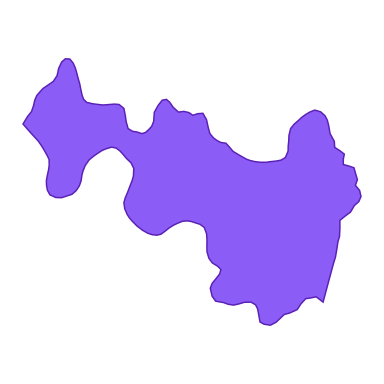 Celso Ramos, Santa Catarina, Brazil (Natural Earth projection)
{"feature_id": "56859067B63950951197132", "entity_name": "Celso Ramos", "entity_type": "district", "adm_level": 2, "iso_a3": "BRA", "parent_name": "Brazil", "parent_adm1": "Santa Catarina", "projection": "natural_earth1", "projection_center": [-51.328, -27.652], "detail": "fine", "context": "isolated", "style": "filled", "palette": "violet", "viewbox_px": 384, "rotation_deg": 0, "n_neighbors": 0, "source": "geoboundaries", "source_scale": "gbopen_adm2", "svg_char_len": 2616}
<svg xmlns="http://www.w3.org/2000/svg" viewBox="0 0 384 384"><path d="M334.3,141.3L330.1,133.7L328.6,125.2L327.3,120.1L325.0,115.7L320.6,111.8L314.8,110.1L309.7,112.1L305.5,114.6L301.7,117.4L297.8,121.0L294.2,124.1L290.6,128.6L289.0,135.2L288.7,141.3L288.2,146.0L288.1,151.1L285.4,157.5L281.1,160.1L276.5,161.0L270.1,161.7L266.1,162.3L261.2,162.3L255.3,161.7L250.1,160.5L246.5,159.2L243.1,157.3L238.0,154.4L233.0,151.3L229.2,146.8L225.9,143.2L220.9,142.5L217.1,140.6L213.5,137.9L209.9,133.6L208.3,127.9L206.5,119.6L202.9,113.3L197.6,113.7L192.9,115.3L189.0,112.6L183.9,111.4L178.5,112.1L173.2,107.3L169.6,102.1L166.4,99.4L162.2,100.2L158.2,105.3L154.3,112.3L153.7,121.3L151.7,126.3L148.7,129.6L145.5,132.5L141.9,133.6L137.0,132.0L132.6,131.3L128.1,128.6L126.2,121.8L125.3,115.5L123.9,108.4L119.1,104.5L114.6,104.1L109.5,104.5L103.2,105.0L98.4,104.5L92.9,103.8L86.7,102.4L83.7,99.4L82.1,95.3L80.8,89.3L79.7,83.7L77.9,77.5L76.6,72.4L75.3,67.9L73.1,63.0L69.8,59.0L65.3,58.8L61.7,62.0L58.7,68.3L57.1,75.6L53.3,81.4L48.4,84.8L43.0,88.5L39.7,92.1L36.8,95.5L34.7,100.4L33.5,105.8L31.5,111.6L27.7,116.3L23.0,124.0L27.0,128.6L30.7,132.8L34.8,137.3L38.2,141.0L41.8,146.2L44.4,150.5L46.9,155.0L49.1,159.5L49.2,165.1L48.6,169.6L47.4,175.1L46.4,180.2L46.5,185.1L47.4,190.2L49.9,194.8L55.8,197.5L61.6,197.7L72.0,194.3L76.1,190.7L79.3,185.9L81.1,180.8L81.9,175.2L83.0,171.0L85.3,165.4L89.2,159.8L93.7,156.1L97.4,153.5L102.0,150.5L106.0,148.8L111.7,147.1L116.4,148.2L120.1,151.1L123.1,154.4L126.6,158.6L131.0,162.8L133.8,168.5L133.4,176.1L132.0,181.0L129.6,187.0L127.5,192.6L125.2,198.0L123.9,202.7L124.7,208.6L127.1,214.3L129.4,217.9L132.6,221.6L137.0,226.0L142.6,230.3L147.9,233.3L152.3,234.7L156.8,235.2L161.0,234.2L165.2,231.1L169.5,227.7L173.5,225.2L177.7,223.2L182.7,221.2L187.9,220.9L191.7,221.6L195.6,222.9L200.0,224.3L204.2,227.4L206.6,233.8L207.0,240.3L206.9,245.7L207.0,251.8L208.9,258.3L212.4,263.0L217.5,266.1L220.9,269.5L219.7,273.9L216.1,278.5L212.1,283.4L210.3,288.3L212.1,296.2L215.7,301.2L223.6,302.6L228.2,304.3L233.6,305.1L238.6,304.0L244.3,302.3L250.9,302.1L255.6,304.8L257.6,308.9L258.6,314.1L260.0,322.0L264.0,324.2L270.4,325.2L276.0,322.3L280.5,318.1L284.2,314.5L289.7,313.0L297.2,309.6L301.0,303.8L305.7,298.7L310.9,297.9L316.2,296.8L323.1,302.1L325.7,292.3L333.2,264.5L335.5,256.9L336.8,249.3L337.9,242.0L339.5,236.4L339.9,229.1L339.9,220.4L345.0,216.2L350.5,212.1L354.4,205.5L358.8,201.6L361.0,196.5L359.6,190.4L355.4,185.3L357.4,179.7L355.2,172.2L354.0,167.8L349.1,166.1L343.3,164.5L343.3,159.3L344.3,154.1L339.6,150.5L334.7,147.4L334.3,141.3Z" fill="#8b5cf6" stroke="#5b21b6" stroke-width="1.5"/></svg>